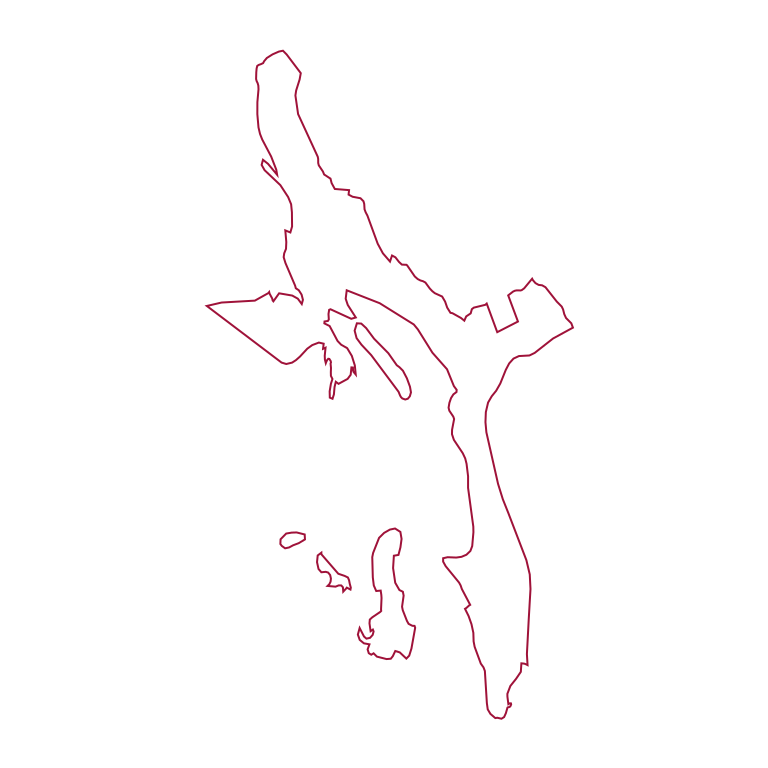 map outline of Quezon (Equal Earth projection), rotated 185°
{"feature_id": "PHL-2572", "entity_name": "Quezon", "entity_type": "Province", "adm_level": 1, "iso_a3": "PHL", "parent_name": "Philippines", "parent_adm1": "", "projection": "equal_earth", "projection_center": [122.011, 14.191], "detail": "fine", "context": "isolated", "style": "outline", "palette": "rose", "viewbox_px": 768, "rotation_deg": 185, "n_neighbors": 0, "source": "natural_earth", "source_scale": "10m", "svg_char_len": 5176}
<svg xmlns="http://www.w3.org/2000/svg" viewBox="0 0 768 768"><g transform="rotate(185 384 384)"><path d="M244.0,60.9L249.2,64.6L252.3,68.9L253.7,75.0L258.5,106.9L260.2,110.4L263.2,113.9L270.8,130.1L272.3,135.4L273.3,143.9L275.9,152.3L279.5,160.2L283.7,167.1L282.4,168.1L280.1,170.6L278.9,171.5L288.6,186.6L290.1,190.0L291.9,192.7L306.7,207.9L309.6,212.2L309.9,215.6L305.5,217.0L296.9,217.4L291.7,218.6L287.0,221.1L283.4,225.2L282.0,230.2L282.0,244.1L282.6,249.7L291.2,287.9L292.2,299.4L294.8,311.7L296.6,316.9L299.5,321.9L309.5,334.4L311.9,339.9L312.2,344.3L311.1,355.2L312.1,357.5L316.6,363.1L317.6,366.0L317.2,371.0L316.0,375.8L314.0,379.7L311.1,382.3L311.1,384.5L314.2,388.0L322.5,404.2L338.5,419.4L355.0,441.3L359.5,445.9L395.3,464.1L429.3,474.1L429.6,465.6L427.0,459.6L417.9,447.8L422.3,446.1L443.8,453.8L445.1,453.1L445.4,448.9L444.6,443.5L445.4,441.9L448.7,441.1L448.7,439.2L443.2,437.0L434.0,422.8L430.1,419.4L423.8,416.5L418.5,409.2L414.7,400.0L413.0,391.0L415.4,393.4L416.0,394.8L416.4,397.7L417.9,397.7L418.0,390.3L420.7,385.9L429.3,380.2L432.2,382.0L433.0,376.7L433.0,369.3L434.0,364.8L436.8,365.7L437.5,372.0L436.9,379.6L435.8,384.5L437.6,387.5L438.0,391.2L438.2,395.3L439.0,399.7L438.7,400.9L439.1,402.2L440.6,404.2L441.7,404.3L442.7,403.0L443.4,401.1L443.8,399.7L445.0,403.2L445.5,407.0L445.4,415.1L447.8,413.7L447.8,413.8L447.6,418.9L452.5,419.6L458.9,416.5L463.5,412.5L470.1,404.0L473.8,400.1L477.4,397.3L483.1,395.4L487.9,396.4L567.3,446.3L552.9,451.0L519.9,455.8L507.1,464.5L506.4,465.6L505.9,464.1L502.8,459.4L502.2,457.5L501.4,456.7L496.4,465.2L483.1,464.1L477.3,461.5L472.9,456.5L472.1,460.8L473.9,465.9L477.1,470.0L480.2,471.7L481.1,474.2L492.7,495.9L495.0,501.6L494.8,505.5L493.4,510.1L493.7,516.9L495.7,528.4L490.5,526.8L489.3,532.9L490.7,547.0L492.2,555.0L495.8,561.9L504.6,573.1L521.6,586.6L525.0,591.6L524.1,596.8L518.7,593.2L508.7,583.1L510.0,588.1L516.2,600.7L526.6,616.9L529.3,622.3L531.4,628.7L533.7,641.8L534.7,653.7L534.7,666.7L535.2,670.3L536.1,672.7L537.3,674.7L538.0,676.7L538.4,683.4L538.4,687.2L538.0,689.8L536.7,690.9L534.5,691.9L532.4,693.1L531.5,695.2L529.1,698.6L523.7,702.7L517.7,706.0L513.7,707.2L509.7,703.8L494.0,686.4L494.6,680.0L497.1,668.7L497.4,663.7L493.1,645.4L469.8,604.6L469.2,602.5L468.8,598.4L468.0,596.1L463.4,590.4L461.9,587.5L455.2,583.9L453.7,579.6L450.0,574.0L435.7,574.1L435.8,569.6L431.6,567.8L423.6,567.0L420.4,564.3L419.4,561.7L418.6,556.3L417.2,553.4L415.2,550.3L402.5,523.2L396.5,514.1L388.7,506.5L387.2,512.7L383.7,511.2L379.7,506.9L376.6,504.5L372.0,504.7L371.2,504.1L362.7,493.8L359.6,491.5L356.7,490.3L354.1,489.8L351.6,488.7L346.7,483.1L344.0,480.7L341.3,478.9L333.7,476.2L330.3,471.4L327.7,465.6L324.0,460.7L322.0,460.5L313.1,456.5L309.5,454.1L308.0,458.5L303.8,461.9L303.0,466.2L301.2,467.9L290.0,471.7L288.7,473.1L275.7,445.5L256.0,457.9L268.0,483.1L263.5,487.3L261.8,488.3L260.1,488.8L256.1,489.1L255.0,489.5L252.7,491.5L245.6,501.8L244.7,500.4L241.9,497.7L238.6,496.2L235.1,496.1L231.6,494.5L219.1,481.2L213.7,476.6L212.1,473.9L210.5,469.3L208.4,465.6L202.7,460.8L200.7,456.6L219.5,444.1L236.6,428.1L241.6,425.1L252.0,423.6L257.2,420.6L261.1,415.4L263.9,408.7L268.2,394.6L271.7,387.0L275.6,381.2L278.7,374.6L280.1,364.9L279.6,354.8L277.8,344.8L261.7,294.5L255.6,279.6L248.5,265.5L247.2,262.8L226.8,220.9L222.2,207.0L220.2,192.5L219.3,161.9L218.1,127.4L216.5,116.5L218.0,117.1L219.6,117.6L221.2,117.7L222.8,117.7L222.6,109.2L226.8,101.7L231.8,94.2L234.1,86.1L233.8,83.3L232.2,75.9L231.7,76.3L230.7,76.9L229.7,76.9L229.4,75.8L230.1,73.8L231.2,73.0L232.3,72.8L232.8,72.4L233.9,66.7L235.3,62.7L237.8,60.8L242.1,61.4L243.9,60.9L244.0,60.9ZM375.8,123.4L381.4,123.9L385.9,127.0L388.2,132.1L387.0,138.8L381.9,130.7L379.3,128.8L375.8,129.9L373.4,133.1L372.8,136.6L373.7,138.4L375.8,136.6L377.6,144.3L377.6,148.1L375.4,150.5L367.8,156.7L367.0,157.7L367.3,159.2L367.8,170.6L368.3,173.7L369.3,177.9L373.7,177.1L376.6,182.4L378.3,190.4L380.6,210.5L380.1,214.8L375.5,230.3L370.9,235.7L365.4,239.5L360.4,241.0L354.8,238.1L353.0,231.2L353.4,222.7L354.7,215.0L359.2,213.8L358.9,201.4L355.5,187.0L350.7,180.1L347.1,178.7L346.0,174.9L346.6,163.7L345.6,160.3L340.5,150.0L338.6,147.2L334.7,145.6L332.5,145.7L331.7,143.9L333.6,122.9L335.2,115.6L337.8,112.4L344.9,118.0L349.5,119.0L351.5,113.6L353.3,110.9L357.5,110.2L367.3,111.8L370.9,114.8L373.1,113.2L375.7,114.5L377.2,118.2L375.8,123.4ZM399.3,411.7L409.9,421.2L415.3,427.3L417.9,434.6L416.3,442.1L411.9,442.2L406.7,438.2L397.9,428.3L382.4,415.1L372.9,403.8L370.1,402.1L366.3,398.9L361.7,391.7L357.9,383.6L356.4,378.0L357.2,374.0L359.0,371.4L361.5,370.4L364.5,371.2L366.0,372.5L367.0,374.0L368.8,377.5L399.3,411.7ZM430.0,191.0L433.1,194.0L435.2,200.7L435.1,207.4L431.7,210.5L431.5,208.9L413.0,191.0L406.5,189.4L403.1,188.1L401.7,185.5L400.7,182.0L399.3,178.2L399.5,176.3L403.3,177.9L404.0,176.8L406.5,173.6L407.2,177.9L409.0,179.6L411.6,179.4L414.6,177.9L422.6,177.9L421.0,179.8L420.0,182.4L419.9,185.5L421.0,189.0L423.2,191.3L425.7,191.8L430.0,191.0ZM471.7,213.8L473.3,215.6L473.5,220.3L468.4,226.5L463.0,227.9L458.1,228.5L449.9,227.2L449.2,222.3L455.1,218.0L460.5,215.4L464.3,212.9L468.2,211.7L471.7,213.8Z" fill="none" stroke="#9f1239" stroke-width="2"/></g></svg>